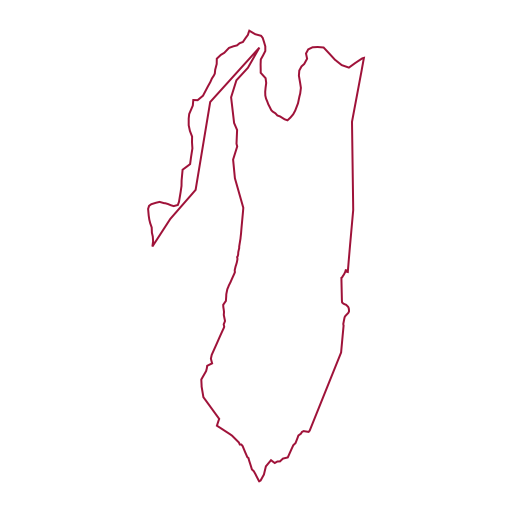 the district of San Lorenzo Cuaunecuiltitla, Puebla, Mexico
{"feature_id": "50627088B78498506424092", "entity_name": "San Lorenzo Cuaunecuiltitla", "entity_type": "district", "adm_level": 2, "iso_a3": "MEX", "parent_name": "Mexico", "parent_adm1": "Puebla", "projection": "equal_earth", "projection_center": [-96.92, 18.216], "detail": "fine", "context": "isolated", "style": "outline", "palette": "rose", "viewbox_px": 512, "rotation_deg": 0, "n_neighbors": 0, "source": "geoboundaries", "source_scale": "gbopen_adm2", "svg_char_len": 3674}
<svg xmlns="http://www.w3.org/2000/svg" viewBox="0 0 512 512"><path d="M259.1,481.3L259.3,481.3L259.4,481.2L260.6,480.5L263.5,475.3L263.9,474.6L265.9,466.3L266.1,466.1L271.0,460.2L274.7,463.0L277.4,461.5L280.0,461.4L281.1,460.3L281.3,460.1L282.4,459.1L282.9,458.6L287.1,457.6L287.8,457.4L291.6,448.9L293.3,445.2L295.5,443.1L296.6,440.3L297.5,438.0L298.4,435.5L300.9,433.7L301.9,432.0L303.6,431.1L308.6,431.9L309.7,430.6L341.1,352.5L342.6,336.1L343.6,325.5L343.4,325.0L343.3,323.8L344.2,319.2L344.6,317.3L345.1,316.3L345.9,315.4L348.3,312.9L348.7,312.1L349.0,311.4L349.0,310.3L348.8,308.6L348.5,307.6L348.1,306.8L346.2,304.9L345.9,304.7L345.0,304.4L343.5,303.7L342.9,303.2L342.6,303.0L342.1,302.4L342.0,301.6L341.9,300.2L341.4,278.1L341.5,278.1L341.7,277.8L342.1,277.2L342.5,276.8L342.8,276.1L343.4,275.3L344.2,274.0L344.8,272.8L345.0,272.3L345.3,271.8L345.7,270.2L345.8,270.1L346.1,270.2L346.3,270.4L346.6,270.7L346.7,271.0L346.7,271.3L346.7,271.7L346.8,271.8L347.0,271.8L347.4,271.9L347.8,272.0L348.7,260.9L349.3,253.9L350.0,245.8L353.2,210.1L353.1,201.5L352.0,121.8L352.5,119.1L361.7,70.1L361.8,69.4L363.9,57.9L362.2,58.4L355.4,62.9L348.9,67.6L341.7,65.1L334.9,59.7L329.8,54.1L323.6,47.5L317.7,47.0L312.5,47.3L308.2,49.4L306.0,53.5L307.1,58.7L304.2,64.0L301.5,66.4L299.3,70.5L298.9,75.7L300.2,83.3L300.9,87.9L300.2,93.5L299.4,96.6L298.0,103.3L295.2,110.6L293.2,114.3L290.4,117.6L287.5,120.3L284.6,119.3L280.0,116.4L277.4,115.5L275.4,113.3L272.7,111.6L271.3,110.2L269.5,106.6L268.3,104.3L267.3,101.6L266.0,98.5L265.3,95.5L265.2,91.7L265.6,87.5L266.2,83.0L265.6,78.2L260.7,72.8L260.7,69.8L260.6,64.2L260.8,59.4L263.0,55.5L265.3,51.0L265.3,46.4L264.0,41.9L262.7,37.9L261.1,35.8L255.2,34.2L249.3,30.7L248.6,32.6L247.9,34.9L245.6,38.0L242.9,42.0L239.6,43.2L237.0,45.4L233.4,46.3L229.0,47.9L224.3,52.8L220.8,54.9L216.8,58.7L216.7,64.0L215.2,69.7L214.8,73.6L213.8,75.6L211.9,78.5L210.3,82.1L207.9,86.4L205.8,90.4L203.0,95.7L197.6,100.2L193.3,100.0L192.8,105.6L189.2,114.0L188.7,118.5L188.7,125.3L189.9,130.9L192.1,136.6L192.0,142.2L192.4,148.4L191.0,157.4L190.1,164.1L187.9,165.8L182.6,169.7L181.6,180.4L181.5,186.0L180.6,192.2L179.0,201.8L177.8,205.0L173.7,206.1L171.0,205.3L167.9,204.0L165.1,203.2L164.2,203.2L159.6,201.9L156.2,202.7L151.3,204.2L149.1,205.8L148.1,208.9L148.7,215.6L149.3,219.6L150.2,223.2L151.7,227.5L151.9,232.7L152.8,236.6L153.1,241.4L152.4,246.5L170.3,218.9L195.6,189.9L210.2,102.0L259.4,47.6L247.9,67.8L236.4,80.3L231.1,97.3L234.1,123.0L237.1,130.0L236.5,143.7L237.2,146.5L233.1,159.6L234.9,178.2L243.3,207.8L243.0,211.7L241.5,227.9L241.0,233.9L240.6,237.3L240.5,238.4L240.5,238.5L239.9,242.2L239.8,242.8L239.2,246.5L239.2,248.1L239.0,248.9L238.3,252.0L238.2,253.4L238.2,254.2L237.8,256.0L237.1,257.1L237.4,258.1L237.4,259.3L237.3,260.0L236.8,262.5L236.1,264.9L235.9,265.5L235.6,266.4L234.7,270.2L234.9,272.2L234.2,273.9L232.1,278.5L231.0,281.0L230.4,282.4L230.2,282.8L230.0,283.1L229.6,284.0L228.9,285.3L228.3,286.9L227.6,288.5L227.3,289.3L226.4,293.7L226.3,294.3L226.2,296.6L225.9,300.9L223.2,304.8L223.3,306.9L223.7,309.5L224.0,311.9L223.8,314.7L223.8,315.0L225.0,321.0L224.5,322.4L223.7,324.3L224.2,326.8L223.9,327.7L222.2,331.4L219.4,337.6L216.9,343.3L213.4,351.1L211.7,354.9L210.9,358.7L212.1,363.4L209.8,364.5L207.2,365.8L206.8,368.4L206.1,371.1L202.6,377.2L201.3,379.5L201.6,385.6L201.6,386.5L202.1,389.5L203.4,397.2L206.7,401.7L214.1,411.9L219.2,418.9L218.6,420.5L216.9,425.7L229.7,434.0L232.0,435.6L238.9,442.5L239.8,444.5L240.6,444.5L241.3,444.5L242.6,446.0L245.0,451.8L247.3,457.1L248.5,458.1L248.9,459.8L249.3,461.1L251.0,466.4L251.9,469.4L253.8,471.2L255.8,474.8L255.9,475.1L259.1,481.3Z" fill="none" stroke="#9f1239" stroke-width="2"/></svg>